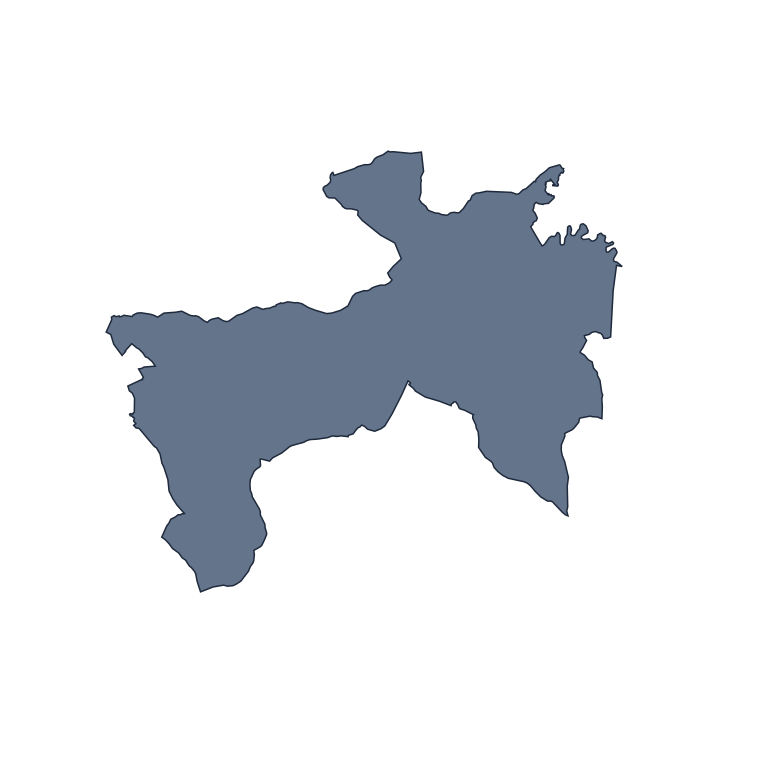 Cetatea De Balta, Alba, Romania, rotated 59°
{"feature_id": "2599482B28912008723964", "entity_name": "Cetatea De Balta", "entity_type": "district", "adm_level": 2, "iso_a3": "ROU", "parent_name": "Romania", "parent_adm1": "Alba", "projection": "natural_earth1", "projection_center": [24.195, 46.219], "detail": "fine", "context": "isolated", "style": "filled", "palette": "slate", "viewbox_px": 768, "rotation_deg": 59, "n_neighbors": 0, "source": "geoboundaries", "source_scale": "gbopen_adm2", "svg_char_len": 6170}
<svg xmlns="http://www.w3.org/2000/svg" viewBox="0 0 768 768"><g transform="rotate(59 384 384)"><path d="M467.7,648.3L469.9,635.2L473.8,625.1L476.7,622.3L479.1,617.3L479.5,613.2L479.2,608.1L474.7,596.7L471.6,592.5L469.8,588.3L468.4,586.7L463.5,583.0L459.6,581.3L459.8,574.0L459.4,571.9L455.6,566.1L452.7,562.3L451.4,561.4L445.9,559.9L442.7,558.3L432.7,557.5L430.0,555.9L427.2,555.2L412.8,555.0L409.9,553.9L406.5,553.4L401.1,550.7L397.1,547.8L392.0,540.3L391.2,537.1L391.1,533.3L390.3,531.8L384.7,529.0L385.0,527.9L391.2,521.8L389.9,517.5L390.5,507.3L389.1,497.0L389.3,494.8L392.7,482.5L392.7,479.6L393.5,476.2L397.2,468.9L401.0,459.8L401.9,455.0L404.7,451.4L406.3,447.6L410.7,441.8L409.9,441.4L409.8,440.2L410.9,436.2L408.8,431.2L408.1,428.4L408.4,426.7L407.7,424.3L410.3,422.5L414.4,421.3L419.7,416.3L420.8,409.8L420.4,405.0L413.9,392.7L402.6,374.6L393.7,361.8L396.6,360.7L397.4,361.3L397.1,362.8L397.9,362.9L402.7,361.1L406.3,360.7L416.6,355.2L427.6,345.1L437.1,337.7L435.8,336.3L435.8,334.2L435.3,333.3L436.3,331.7L440.3,331.5L443.2,332.0L444.6,331.5L447.9,328.5L456.5,323.1L457.0,324.3L459.1,325.6L466.3,326.4L469.6,327.7L473.4,327.9L480.3,331.2L487.1,335.6L499.1,334.9L505.2,332.2L507.5,331.7L512.3,332.6L517.8,331.5L523.5,329.3L528.8,326.1L539.7,314.5L542.7,312.3L546.7,310.8L553.8,309.7L561.5,307.8L568.5,304.2L570.5,301.1L572.0,300.2L585.7,297.2L589.7,295.8L591.8,294.2L587.0,292.8L583.9,289.8L565.9,279.5L559.0,274.0L543.6,269.1L536.9,268.0L532.1,266.2L527.5,263.3L521.8,255.7L519.7,254.8L519.5,253.7L520.1,246.5L519.7,243.9L517.1,236.8L514.3,234.2L514.2,233.4L517.8,223.7L519.3,222.3L522.0,218.3L526.0,215.1L515.7,208.4L509.0,205.0L506.0,202.2L503.5,201.8L492.1,197.0L486.9,196.7L483.8,195.2L478.3,196.2L472.3,194.2L468.5,196.4L462.6,197.3L458.0,199.6L457.4,199.3L455.3,194.9L451.0,187.9L447.6,188.0L445.7,187.3L447.2,182.6L446.8,179.0L448.3,175.1L449.7,174.5L452.2,172.2L454.0,171.6L458.1,172.1L459.9,168.8L460.4,165.5L421.9,139.4L402.1,123.6L406.0,119.3L399.4,121.6L398.4,122.9L396.9,123.6L396.0,123.4L394.9,122.8L391.8,117.2L390.9,116.3L386.9,116.0L385.9,116.9L385.6,118.5L386.5,123.8L385.9,124.9L384.5,125.2L381.8,123.6L381.2,122.6L382.2,116.1L382.0,115.2L381.2,114.6L379.6,115.0L379.3,119.1L376.7,121.1L374.9,121.2L372.4,118.5L370.6,118.2L369.7,119.5L366.6,120.3L366.3,121.0L366.2,124.1L368.5,125.9L369.3,128.0L369.5,129.4L368.9,131.7L368.5,132.4L365.2,133.5L362.9,138.6L360.8,139.6L359.9,139.4L359.3,138.5L359.0,137.3L359.3,131.6L357.9,130.1L352.5,129.4L349.4,130.6L348.6,132.4L348.9,133.9L351.8,136.5L352.2,138.4L354.8,143.5L354.6,144.6L353.5,146.5L351.6,146.9L348.2,143.7L344.7,142.8L343.8,143.8L344.1,145.8L350.0,149.8L352.1,153.6L356.1,156.8L356.9,157.9L356.9,159.0L356.1,160.5L354.2,160.6L347.3,156.6L344.7,156.4L343.6,157.1L343.7,158.1L345.1,160.1L345.4,161.9L343.6,164.4L343.7,167.1L346.9,174.2L347.2,176.2L347.0,177.4L342.4,177.5L324.8,177.3L323.7,173.9L322.6,173.3L322.2,170.4L322.5,169.5L320.7,167.1L315.2,166.5L311.9,167.0L311.4,166.9L310.8,165.5L307.4,162.7L306.6,160.0L308.9,158.8L312.0,155.2L312.0,154.0L313.9,149.9L312.1,142.4L310.7,141.4L309.7,142.1L309.3,143.4L307.7,143.3L307.1,144.7L305.7,144.7L305.6,145.2L306.1,145.7L301.3,146.4L298.2,143.4L297.0,143.3L296.2,142.3L295.7,142.7L295.4,141.8L294.4,141.7L294.5,139.4L295.5,136.6L293.6,135.9L300.8,135.0L300.3,136.8L300.8,137.2L303.6,133.6L303.7,132.5L302.7,131.8L300.5,131.8L298.8,129.3L295.7,127.2L295.7,125.8L294.9,125.6L294.0,122.8L295.0,122.5L295.2,121.6L294.1,120.2L292.4,119.8L291.9,119.1L290.5,120.3L287.1,120.3L286.4,121.0L283.8,130.9L285.0,137.0L285.3,142.2L286.9,148.2L288.7,149.9L287.6,150.7L289.7,161.4L289.2,165.1L290.4,170.2L289.9,172.3L285.3,176.2L271.6,196.9L269.2,203.9L267.7,207.0L267.9,211.4L270.9,215.6L270.6,217.4L274.5,225.6L275.8,231.0L275.5,232.4L273.0,235.4L271.9,237.9L271.5,239.5L272.0,242.4L271.8,243.0L268.6,247.2L265.8,249.2L263.8,252.0L258.7,256.1L257.2,256.7L253.3,256.6L247.9,258.6L243.8,258.7L239.1,253.8L230.7,249.0L229.0,247.3L225.7,246.1L222.2,240.6L204.5,232.5L200.1,242.3L189.4,256.8L188.2,259.3L186.5,260.5L187.0,266.8L185.9,273.0L186.2,276.1L188.2,280.2L188.6,282.4L187.7,285.0L186.0,287.7L184.1,294.9L184.1,298.6L179.4,319.5L176.3,318.8L176.2,319.9L177.3,322.2L179.3,323.9L181.5,324.5L183.3,326.2L184.3,330.3L184.0,333.1L184.5,334.9L186.0,336.1L193.7,336.5L196.0,335.4L199.3,330.3L208.4,328.0L210.3,328.2L213.3,326.9L214.7,325.6L216.7,322.2L220.9,317.7L222.7,317.1L225.5,319.5L232.6,318.4L254.8,310.2L268.7,302.1L285.6,304.7L287.9,315.4L290.8,323.7L295.4,324.1L298.9,323.5L299.9,326.5L300.0,328.9L299.7,332.3L297.3,336.4L296.0,341.5L295.5,345.3L295.9,348.4L295.0,351.3L293.7,353.0L291.7,361.7L292.7,365.8L298.5,374.7L298.5,383.3L296.3,392.2L294.1,396.9L285.5,404.8L279.6,409.4L272.8,413.1L269.6,416.4L268.7,418.3L264.0,424.2L262.4,430.1L261.4,430.5L260.6,435.7L261.4,436.4L261.4,437.2L260.8,438.1L260.1,442.8L258.2,447.1L257.8,449.2L252.4,453.4L251.2,458.0L250.8,469.3L249.4,474.7L250.2,484.7L249.1,487.3L246.6,489.5L241.9,491.9L239.8,498.0L239.6,501.2L240.2,503.6L237.5,505.5L230.7,508.3L228.4,510.4L227.8,511.9L225.4,514.8L217.4,519.9L215.2,525.5L209.9,536.1L210.1,543.6L206.7,545.8L203.5,548.7L197.9,555.5L196.1,559.0L195.7,563.5L196.5,565.1L191.1,571.6L190.9,574.3L190.2,576.0L189.3,575.9L188.4,578.8L186.3,580.2L186.3,583.2L188.6,584.2L196.4,595.4L200.9,592.7L210.8,595.2L224.6,593.8L223.0,588.7L222.3,588.7L219.5,579.5L225.7,577.3L227.7,576.1L233.1,574.7L237.8,574.5L240.0,572.9L245.6,571.1L250.9,570.9L245.9,580.9L245.8,583.8L244.7,586.6L254.4,586.8L255.0,588.5L255.9,588.8L255.3,590.3L253.8,604.6L258.7,605.8L262.3,604.4L267.6,605.1L279.6,612.6L279.7,614.2L280.5,614.9L278.8,616.6L278.9,617.7L280.5,617.8L282.4,616.1L283.3,616.4L284.7,615.5L286.9,617.7L290.2,617.1L290.5,619.9L293.9,619.2L295.6,617.1L297.0,616.6L319.1,613.1L321.6,611.9L328.7,612.0L337.4,615.1L342.4,615.6L354.7,618.5L365.1,623.4L373.7,624.1L381.1,623.8L392.2,621.8L391.2,624.2L391.2,625.9L390.0,627.7L390.5,631.3L390.1,636.4L392.4,639.9L393.8,643.4L400.8,653.4L404.4,651.8L410.1,650.5L416.1,650.0L423.1,647.0L429.1,646.5L432.7,644.8L439.6,644.6L442.0,643.7L447.3,642.9L449.8,643.2L457.2,645.9L467.7,648.3Z" fill="#64748b" stroke="#1e293b" stroke-width="1.5"/></g></svg>